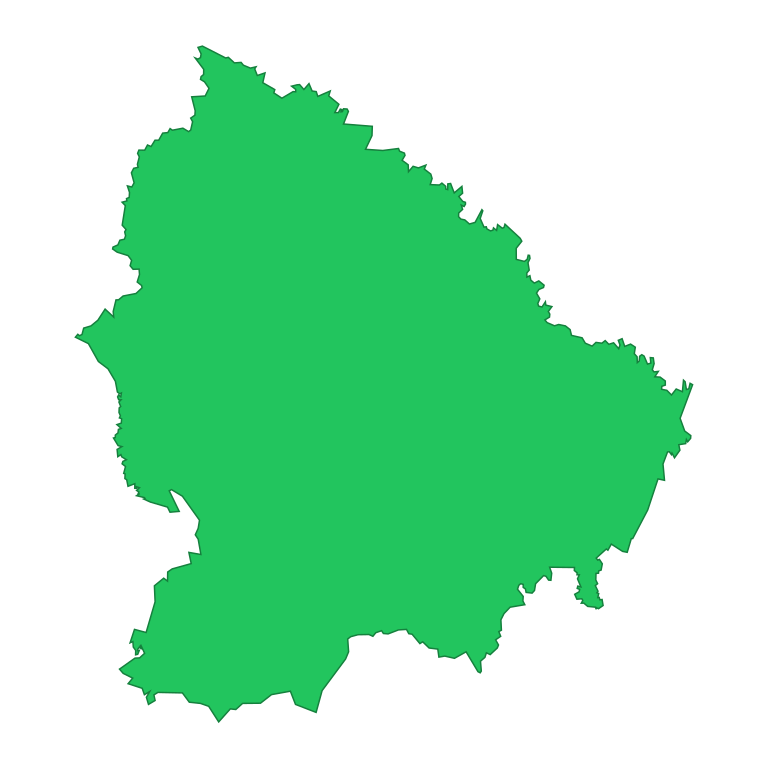 outline of Sisonke, KwaZulu-Natal, South Africa
{"feature_id": "47623444B12889843225205", "entity_name": "Sisonke", "entity_type": "district", "adm_level": 2, "iso_a3": "ZAF", "parent_name": "South Africa", "parent_adm1": "KwaZulu-Natal", "projection": "equal_earth", "projection_center": [29.721, -30.084], "detail": "fine", "context": "isolated", "style": "filled", "palette": "green", "viewbox_px": 768, "rotation_deg": 0, "n_neighbors": 0, "source": "geoboundaries", "source_scale": "gbopen_adm2", "svg_char_len": 6082}
<svg xmlns="http://www.w3.org/2000/svg" viewBox="0 0 768 768"><path d="M316.1,712.4L322.1,690.6L345.6,659.0L348.6,651.8L347.7,639.0L350.7,636.7L358.0,634.7L368.9,634.5L372.9,636.3L375.8,632.7L381.6,630.7L383.4,633.5L388.1,633.9L398.5,629.9L406.5,629.4L408.8,633.7L412.1,634.2L419.9,643.6L422.7,641.8L429.1,648.0L437.8,649.1L438.9,657.1L444.8,656.1L454.5,658.3L466.1,651.8L478.0,671.7L480.2,672.8L481.3,671.1L480.5,661.2L484.9,657.4L486.4,652.8L490.2,654.6L497.3,648.0L498.5,645.0L495.6,639.8L500.7,636.3L498.8,631.6L501.4,630.2L500.9,619.8L504.0,613.6L510.1,607.2L524.8,604.7L522.9,601.0L523.2,596.4L517.5,589.2L518.8,585.3L520.7,583.7L523.2,584.4L523.2,587.4L525.4,588.9L526.1,592.4L532.1,593.1L534.5,590.5L535.6,583.7L543.6,575.6L546.0,576.3L548.6,580.1L550.9,580.3L551.7,573.2L549.6,567.2L574.5,567.5L574.3,570.5L577.1,572.8L577.0,574.8L579.3,574.8L577.5,578.8L580.9,586.9L577.8,586.1L577.2,588.4L579.7,589.4L579.1,591.8L574.7,594.3L576.9,599.2L581.8,598.8L582.8,600.4L581.3,603.2L583.8,603.1L587.7,606.4L595.6,607.2L596.1,609.3L596.3,607.7L598.5,608.7L603.1,605.5L602.1,599.5L599.9,599.8L599.2,597.4L597.8,597.6L598.7,593.5L596.9,592.8L598.0,591.2L595.3,585.6L597.6,583.7L595.8,580.0L596.0,573.4L598.5,573.2L598.7,570.9L601.1,570.1L602.3,563.8L599.4,559.4L597.7,560.1L596.2,558.1L606.3,549.0L607.9,550.2L611.3,544.1L622.6,551.4L627.2,552.3L631.3,538.6L632.7,538.6L647.7,510.0L658.0,478.9L664.5,480.3L663.0,464.0L667.5,452.0L669.3,451.7L671.4,454.6L672.0,453.1L674.5,457.8L679.9,450.2L678.8,444.7L685.7,443.6L686.4,439.5L687.7,441.8L690.6,438.4L690.8,435.6L684.7,431.0L680.1,418.3L692.6,384.7L690.1,383.3L688.8,388.8L686.4,389.5L685.1,381.7L683.5,380.2L682.4,391.7L676.2,389.0L671.5,395.0L666.8,390.3L661.6,389.3L661.8,386.3L665.3,385.1L665.3,381.0L660.1,377.1L654.8,376.8L658.3,371.4L654.0,371.9L652.3,369.8L654.1,363.7L653.3,357.9L650.3,357.6L650.8,363.1L647.5,364.1L644.1,356.1L641.8,354.7L639.7,356.2L639.2,361.0L637.3,362.6L637.1,356.8L634.3,353.7L635.3,347.2L630.6,344.1L624.7,346.4L622.1,338.7L618.3,340.3L620.0,345.0L618.7,348.7L613.6,342.8L608.8,344.3L605.2,340.6L601.9,343.2L596.0,342.4L592.1,346.1L585.3,343.2L582.1,337.8L571.5,335.4L570.1,329.6L565.4,325.9L558.7,324.5L554.5,325.8L547.1,322.6L544.9,319.9L549.5,317.1L549.8,314.1L548.3,311.5L551.9,306.6L545.8,305.1L545.4,301.8L542.0,307.0L538.6,306.1L537.8,303.5L539.8,298.9L536.5,293.1L538.9,289.5L543.5,287.5L544.1,285.2L538.8,280.9L534.3,283.1L530.8,280.1L529.9,275.7L526.9,277.1L526.8,273.0L529.2,270.1L528.0,262.7L530.0,258.4L529.5,255.4L528.2,255.2L527.2,259.3L524.4,261.4L516.3,259.4L516.2,248.3L521.8,241.2L520.2,238.3L505.0,224.2L504.0,227.5L502.3,228.2L497.6,224.6L496.6,230.4L493.5,227.9L492.9,230.2L490.5,230.9L486.9,228.9L486.3,226.8L484.0,227.1L480.2,218.5L482.8,210.8L481.9,209.7L475.1,222.4L469.4,224.0L464.8,219.9L460.9,219.1L458.6,216.7L458.7,213.0L462.6,209.4L461.3,205.1L464.1,206.5L465.5,204.1L465.4,202.3L462.7,201.4L458.8,196.5L462.6,193.2L461.9,186.4L454.2,192.9L450.6,183.5L447.8,183.9L447.7,189.6L445.8,189.0L445.7,186.3L441.9,183.1L439.4,185.0L430.2,184.6L432.1,178.5L430.8,174.1L424.3,169.1L425.9,165.1L418.4,167.9L413.1,166.3L408.5,171.7L408.2,164.8L402.1,160.3L405.0,155.4L404.4,153.1L399.6,151.2L398.5,148.5L382.8,150.5L365.5,149.3L372.0,135.6L372.3,126.3L343.5,124.0L348.4,111.4L347.1,109.0L343.5,108.8L342.4,111.6L341.0,111.8L341.6,109.5L340.3,109.1L338.4,112.6L334.8,112.6L338.9,104.3L328.7,95.9L330.2,91.0L317.8,96.4L316.2,91.6L312.1,91.0L309.0,83.6L303.9,89.5L299.6,84.6L297.1,84.8L291.6,86.2L295.7,89.4L295.7,91.8L293.1,91.6L281.9,98.2L273.8,92.9L274.8,89.6L262.8,82.7L265.0,72.9L257.3,75.5L254.7,68.9L256.0,66.8L250.4,68.1L243.4,65.2L241.1,62.4L234.4,62.9L228.3,57.3L225.7,58.0L202.4,46.1L198.0,47.4L201.1,53.9L200.5,57.6L197.9,59.1L195.2,58.0L203.7,69.3L203.6,74.5L201.1,76.6L200.5,79.4L204.5,81.8L209.0,88.3L205.2,96.0L191.7,96.8L195.2,110.8L194.9,115.2L190.7,118.1L192.6,121.7L190.7,130.1L188.6,131.6L182.9,128.2L172.4,130.2L170.1,128.6L167.8,132.6L162.7,133.1L158.7,140.2L155.0,140.2L151.1,146.5L147.5,145.0L144.7,150.2L138.9,150.1L137.6,153.4L139.3,156.9L137.4,164.3L138.1,167.3L133.7,168.3L131.4,172.8L134.1,182.8L131.8,187.0L127.4,185.9L129.5,192.4L129.2,197.4L126.5,198.6L126.9,200.9L122.1,202.2L125.3,205.6L122.2,225.2L126.0,229.5L124.7,231.9L125.6,235.8L124.4,239.2L119.9,240.2L117.9,244.9L113.0,247.1L112.6,249.0L117.2,252.2L128.1,255.6L131.6,260.3L130.1,265.7L133.1,269.3L139.1,269.1L139.5,274.6L137.2,282.0L141.6,285.5L142.1,287.8L136.0,293.5L123.1,296.0L118.6,299.8L116.0,299.9L113.2,311.5L113.7,317.1L105.1,309.1L97.9,320.2L91.0,325.9L83.7,328.1L82.0,334.5L79.5,335.7L77.8,334.3L75.4,337.2L88.4,343.6L98.4,361.5L108.0,368.8L115.4,381.3L117.4,392.0L119.7,393.8L121.4,393.0L120.8,396.8L118.6,395.0L117.6,396.9L118.7,399.8L121.0,399.8L118.9,402.0L120.7,406.5L119.2,407.9L119.0,412.5L120.4,415.8L119.4,417.9L121.6,418.7L121.3,423.1L116.9,424.6L121.2,428.4L118.4,429.4L118.0,432.9L115.3,435.1L115.3,437.5L113.5,438.0L118.1,445.6L121.9,446.6L117.1,449.4L117.8,456.7L120.9,454.6L121.7,456.8L126.4,459.7L122.9,461.4L122.1,463.8L125.5,466.5L123.7,473.4L125.1,473.9L124.9,478.6L126.7,479.7L128.0,486.3L134.8,483.7L134.8,488.3L136.8,488.4L136.4,486.7L139.5,487.7L136.6,490.5L138.8,491.8L138.1,493.8L139.7,493.6L136.6,495.7L144.5,497.6L145.1,498.7L143.8,499.1L150.5,502.1L167.5,507.1L170.0,512.2L179.2,511.4L169.2,490.8L171.5,489.6L182.4,496.2L199.5,520.2L198.2,528.3L195.3,534.8L198.2,539.2L200.9,554.5L188.9,552.4L191.2,563.6L172.2,568.9L167.7,572.0L167.5,581.1L163.7,578.2L154.4,585.8L155.1,601.8L146.1,632.5L134.5,629.4L130.1,642.8L132.9,641.6L133.3,647.1L135.7,650.4L135.6,654.8L137.7,654.3L139.3,650.4L137.8,650.8L137.7,649.3L139.1,647.4L141.0,648.4L140.0,646.2L140.9,645.3L144.6,653.3L139.6,657.9L135.0,658.1L119.5,669.1L123.2,673.4L132.7,678.1L128.1,683.7L142.2,688.3L144.4,694.7L149.7,691.5L146.4,697.3L148.5,704.4L155.1,700.5L153.9,694.9L157.9,692.4L182.4,692.9L189.3,702.2L200.5,703.4L208.7,706.3L218.7,721.9L230.3,708.9L235.8,709.5L242.6,703.4L260.5,703.2L271.5,694.6L290.4,691.2L295.5,704.4L316.1,712.4Z" fill="#22c55e" stroke="#15803d" stroke-width="1.5"/></svg>